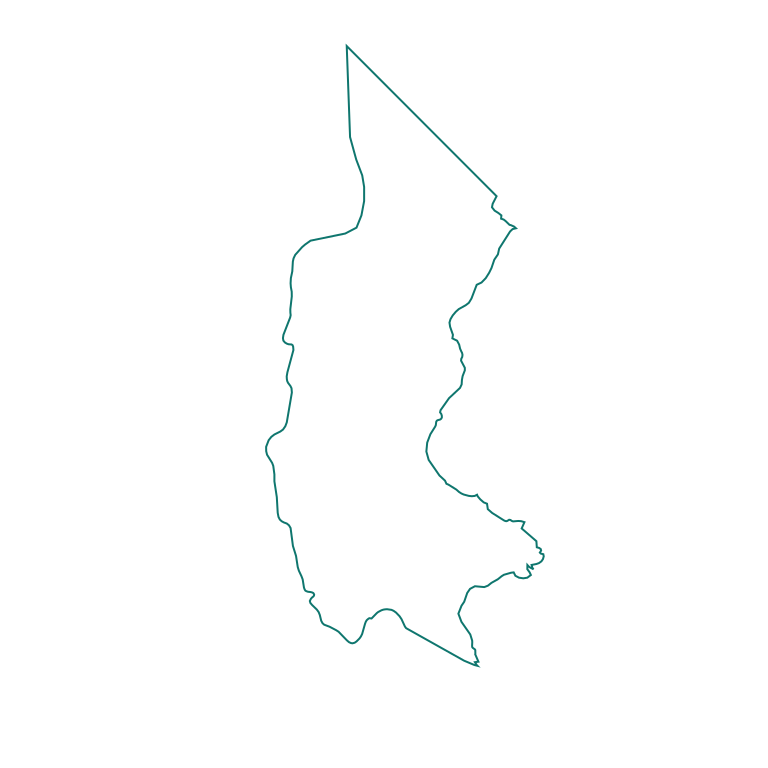 an SVG outline of Northern, rotated 45°
{"feature_id": "PNG-1256", "entity_name": "Northern", "entity_type": "Province", "adm_level": 1, "iso_a3": "PNG", "parent_name": "Papua New Guinea", "parent_adm1": "", "projection": "albers", "projection_center": [148.587, -8.98], "detail": "fine", "context": "isolated", "style": "outline", "palette": "teal", "viewbox_px": 768, "rotation_deg": 45, "n_neighbors": 0, "source": "natural_earth", "source_scale": "10m", "svg_char_len": 3549}
<svg xmlns="http://www.w3.org/2000/svg" viewBox="0 0 768 768"><g transform="rotate(45 384 384)"><path d="M330.8,171.6L333.4,179.7L335.4,182.7L339.6,183.2L344.0,182.2L347.8,181.8L349.9,184.3L352.3,183.1L354.7,182.8L360.2,182.7L361.3,182.0L364.7,180.7L367.2,180.6L365.4,183.5L365.3,187.0L369.7,206.8L372.9,211.8L374.1,218.1L378.0,226.0L379.7,231.0L381.1,237.2L381.2,243.3L379.4,248.3L385.4,261.7L386.6,266.6L386.1,270.4L383.9,278.2L383.7,282.2L384.1,286.9L385.2,291.2L386.9,294.3L390.3,296.8L398.0,300.5L400.1,303.4L405.1,301.7L409.3,303.0L412.8,305.2L415.6,306.3L417.2,306.8L418.9,307.9L420.2,309.6L420.8,311.5L422.0,313.0L429.7,315.4L431.5,317.2L434.0,322.8L436.2,326.0L439.2,329.4L440.5,333.0L440.0,348.0L442.5,362.5L443.7,364.4L445.7,364.7L447.4,365.6L448.6,366.8L449.0,368.1L448.8,369.5L447.6,371.5L447.3,372.6L447.7,373.9L449.7,376.4L450.3,377.9L452.3,386.7L456.0,394.9L461.7,401.8L469.3,406.1L487.9,409.5L495.5,409.2L498.7,410.4L500.7,409.6L509.8,407.5L513.3,407.3L516.1,406.7L518.5,405.8L523.0,403.2L525.4,401.3L527.3,399.0L528.1,396.5L529.8,397.2L533.7,397.5L538.2,397.2L541.5,395.8L545.9,399.1L551.7,398.7L565.4,395.6L566.7,395.1L567.6,394.4L568.0,393.6L568.5,391.5L569.6,390.7L571.1,390.5L572.4,389.9L575.8,385.9L578.0,384.0L581.0,382.4L583.5,388.8L602.9,387.4L607.5,391.4L609.7,390.2L611.6,389.9L612.9,390.7L613.4,393.0L614.9,393.0L617.0,391.7L618.8,392.9L620.2,395.4L620.7,398.1L620.2,401.1L619.0,403.6L616.3,407.6L617.5,408.2L618.3,408.8L619.2,409.1L620.7,409.3L617.2,410.4L615.5,410.7L613.4,410.6L616.3,413.6L620.2,414.2L622.9,415.2L622.3,419.6L619.9,422.9L616.4,425.5L612.5,426.7L608.9,425.5L607.3,427.6L603.7,434.1L603.1,436.7L602.6,441.4L600.6,448.6L600.1,453.1L598.5,456.7L591.3,462.7L589.7,468.0L590.6,472.9L594.7,481.3L595.6,486.0L599.0,493.8L606.9,497.4L622.1,500.1L627.8,503.1L629.0,504.2L631.3,506.7L632.3,507.6L633.3,507.8L635.8,507.4L636.7,507.6L639.4,510.2L639.6,510.6L647.1,513.6L645.0,516.4L648.4,517.2L649.3,517.2L646.6,518.8L636.3,523.0L572.3,541.0L570.3,540.7L562.7,537.9L559.2,537.2L554.1,537.1L551.2,537.6L549.0,538.4L545.4,541.1L544.1,542.6L543.1,544.0L542.2,545.8L541.1,549.4L540.9,551.1L541.0,558.6L539.2,560.0L538.9,561.4L538.8,563.2L539.2,564.9L540.1,566.9L545.3,576.2L546.2,578.9L546.6,581.3L546.6,585.5L546.2,587.7L545.1,589.6L543.9,590.5L541.8,591.3L539.1,591.5L527.1,591.3L524.3,591.9L517.2,594.1L511.9,596.5L509.6,596.6L507.0,595.8L501.9,592.7L499.1,591.5L496.0,591.0L489.5,591.1L486.8,590.9L485.0,589.9L484.2,587.6L484.1,585.8L484.3,584.2L484.1,583.1L483.4,582.2L481.9,581.8L480.6,582.2L479.1,583.1L477.1,584.7L475.6,585.4L474.6,585.7L473.5,585.5L472.5,585.1L471.3,584.5L464.7,579.7L461.6,578.3L455.8,576.2L452.4,574.4L443.4,567.8L434.1,562.9L419.8,551.9L416.7,551.1L413.9,551.4L411.1,552.7L408.7,553.4L406.2,553.5L403.4,552.6L400.0,550.3L388.2,539.8L375.3,530.3L370.4,525.4L363.6,520.2L360.7,518.9L351.3,516.7L348.2,514.8L345.1,511.8L342.2,505.3L341.7,501.1L342.2,497.2L344.3,490.9L344.8,487.6L344.1,483.7L342.4,479.9L324.9,455.2L321.6,452.4L319.3,451.6L315.2,451.0L313.4,450.3L311.8,449.2L309.8,447.4L307.4,444.0L295.9,424.0L293.3,421.8L291.9,421.2L290.7,421.4L288.4,423.4L286.7,424.2L284.6,424.7L282.2,424.5L280.1,423.0L278.1,420.3L270.6,403.3L269.3,401.3L267.4,399.8L264.9,397.4L256.9,387.3L253.5,384.0L249.7,381.4L246.7,378.8L243.3,375.0L239.5,369.2L233.0,361.9L231.2,359.1L229.9,355.4L229.3,345.2L229.6,341.2L230.7,334.6L250.2,305.0L254.0,292.9L248.8,280.7L240.6,268.7L230.6,258.7L221.1,251.9L205.6,244.9L185.4,233.4L118.7,171.4L330.8,171.6Z" fill="none" stroke="#0f766e" stroke-width="2"/></g></svg>